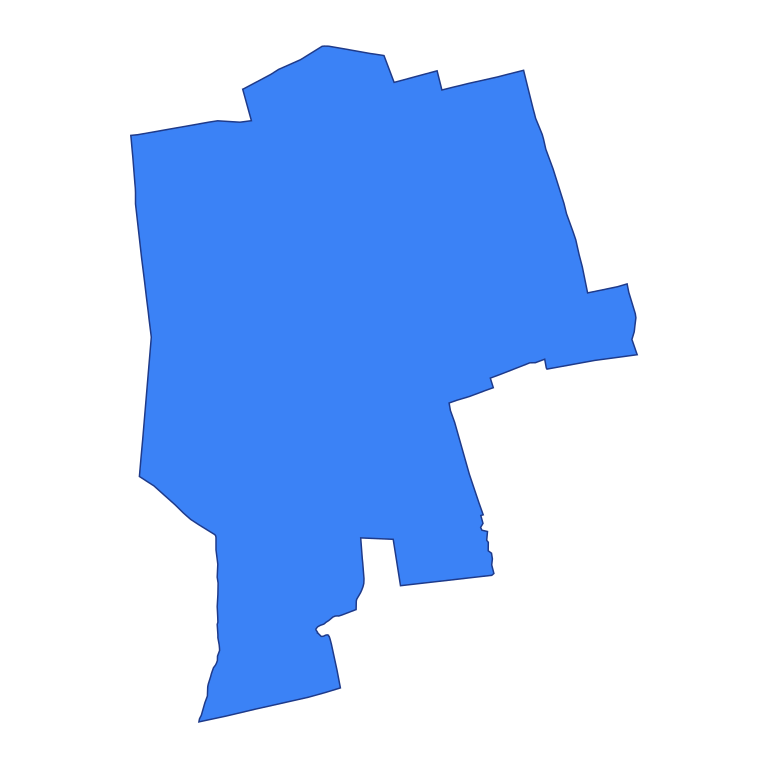 Smulti, Galati, Romania (Mercator projection)
{"feature_id": "2599482B3496454590613", "entity_name": "Smulti", "entity_type": "district", "adm_level": 2, "iso_a3": "ROU", "parent_name": "Romania", "parent_adm1": "Galati", "projection": "mercator", "projection_center": [27.744, 45.908], "detail": "fine", "context": "isolated", "style": "filled", "palette": "blue", "viewbox_px": 768, "rotation_deg": 0, "n_neighbors": 0, "source": "geoboundaries", "source_scale": "gbopen_adm2", "svg_char_len": 2962}
<svg xmlns="http://www.w3.org/2000/svg" viewBox="0 0 768 768"><path d="M198.9,721.9L212.4,719.0L226.0,716.1L255.1,709.2L289.0,701.6L308.5,697.2L325.4,692.5L340.4,687.9L337.0,670.1L334.9,660.4L331.4,644.2L330.1,639.2L329.2,636.5L328.6,636.0L328.5,635.3L328.0,635.0L327.5,634.9L326.2,635.0L325.3,635.3L324.3,635.8L323.7,636.1L322.9,636.3L322.1,636.4L321.5,636.4L321.2,636.4L319.2,634.4L318.5,633.7L318.2,633.4L317.8,633.1L317.4,632.9L317.5,632.7L317.6,632.4L317.3,631.9L316.1,630.1L315.9,629.5L315.9,629.1L316.9,627.7L317.8,626.7L320.4,625.3L321.3,625.0L323.0,624.4L323.8,624.1L324.8,623.4L325.7,622.5L327.7,621.2L328.4,620.8L329.4,620.0L332.8,617.1L335.1,616.1L337.1,615.9L338.8,616.0L341.9,615.0L355.2,609.9L356.1,609.6L356.3,600.9L356.8,599.1L360.5,592.8L361.8,589.9L363.0,586.7L363.8,583.5L364.0,578.8L362.7,562.6L362.3,558.9L360.7,537.9L393.2,539.3L400.5,585.7L410.1,584.6L491.8,575.3L493.9,573.5L491.7,564.9L492.4,558.9L491.5,553.2L488.2,550.8L488.3,542.3L486.7,540.3L487.5,531.5L481.9,530.2L480.6,527.4L483.0,523.4L480.8,515.5L482.8,514.9L483.2,514.8L478.8,502.4L469.4,474.4L469.0,473.0L454.7,422.5L450.4,410.5L449.1,403.0L456.7,400.3L469.4,396.5L485.4,390.5L493.3,387.7L490.3,378.1L500.3,374.4L527.9,363.6L529.3,363.0L530.0,362.8L535.4,362.7L544.7,359.2L546.3,368.0L546.9,368.7L547.0,369.1L594.8,360.4L622.6,356.7L637.2,354.7L636.2,351.9L632.6,341.4L631.9,339.5L634.2,331.9L634.5,329.6L634.8,326.6L635.9,317.8L635.3,313.7L628.8,292.4L627.1,283.9L617.6,286.7L587.6,292.9L582.3,266.8L579.2,255.0L577.5,247.5L575.8,239.9L573.1,231.9L566.5,213.7L564.0,203.5L553.1,169.0L545.8,149.2L543.5,139.0L542.2,134.4L539.3,127.3L535.6,118.3L534.5,113.9L533.3,109.5L527.1,84.6L523.6,70.3L507.7,74.3L497.7,76.9L468.2,83.5L460.2,85.5L453.4,87.1L441.9,90.0L437.1,70.8L394.1,82.4L384.0,55.6L383.0,55.4L373.9,54.0L370.2,53.5L354.5,50.7L348.8,49.7L348.5,49.6L328.7,46.2L324.3,46.1L322.1,46.3L301.0,59.4L300.5,59.7L278.6,69.4L270.8,74.4L243.1,89.1L242.7,89.2L251.4,120.7L239.9,122.2L224.0,121.2L217.6,120.8L209.1,122.1L173.5,128.4L137.8,134.7L130.8,135.4L131.1,138.3L132.5,153.8L132.8,156.9L134.9,183.5L135.3,187.8L135.4,189.8L135.5,192.9L135.5,198.8L135.5,201.3L135.5,203.9L136.4,211.7L141.5,257.1L144.6,281.9L146.4,297.1L148.3,312.4L149.0,318.7L151.3,337.2L142.7,439.4L141.1,456.8L139.4,476.5L148.8,482.6L149.8,483.2L152.7,485.1L153.5,485.5L164.2,495.1L175.2,504.9L183.2,512.8L187.0,516.2L190.8,519.5L198.9,524.8L214.6,534.5L215.6,535.6L216.0,537.4L216.0,537.9L216.0,549.9L217.4,560.9L217.8,564.2L217.2,577.2L218.1,583.0L217.9,594.5L217.2,606.7L217.5,612.2L217.7,616.6L217.9,622.2L217.2,624.4L217.9,634.7L217.9,637.8L219.2,644.9L219.5,648.3L219.6,650.5L217.5,656.1L217.4,660.5L216.5,663.0L216.0,664.1L215.4,665.2L213.5,667.7L212.0,671.9L211.3,674.0L210.7,676.4L209.6,679.9L209.0,681.8L208.3,684.0L207.8,686.4L207.7,687.4L207.4,696.0L204.9,702.7L203.1,709.0L201.3,715.3L200.4,717.0L199.5,718.8L199.2,720.3L198.9,721.9Z" fill="#3b82f6" stroke="#1e3a8a" stroke-width="1.5"/></svg>